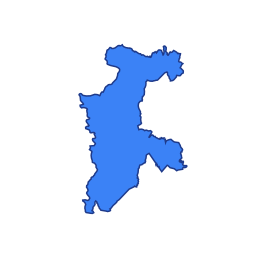 Tlacuilotepec, Puebla, Mexico (orthographic projection), rotated 134°
{"feature_id": "50627088B24502383873446", "entity_name": "Tlacuilotepec", "entity_type": "district", "adm_level": 2, "iso_a3": "MEX", "parent_name": "Mexico", "parent_adm1": "Puebla", "projection": "orthographic", "projection_center": [-98.017, 20.381], "detail": "fine", "context": "isolated", "style": "filled", "palette": "blue", "viewbox_px": 256, "rotation_deg": 134, "n_neighbors": 0, "source": "geoboundaries", "source_scale": "gbopen_adm2", "svg_char_len": 5827}
<svg xmlns="http://www.w3.org/2000/svg" viewBox="0 0 256 256"><g transform="rotate(134 128 128)"><path d="M105.8,73.5L105.3,74.7L105.2,76.6L104.2,78.5L103.3,81.4L105.9,85.0L106.2,86.9L106.3,89.2L107.6,90.2L110.1,91.4L111.5,91.3L112.3,90.9L111.0,92.8L110.1,93.4L111.3,95.5L110.6,95.5L111.4,96.1L111.8,97.3L112.3,97.1L112.4,96.7L113.2,97.1L113.2,97.7L114.0,97.4L114.2,97.6L114.2,98.1L114.7,98.7L114.9,100.0L115.2,100.5L115.5,101.7L115.3,102.6L115.6,102.7L116.1,103.6L115.8,104.7L116.1,104.9L116.2,105.8L117.7,106.4L119.1,106.1L119.9,106.2L120.0,106.5L119.2,106.8L115.6,107.6L114.4,108.0L114.1,108.4L114.3,110.0L115.9,111.2L116.7,113.2L117.6,113.9L118.3,114.1L118.5,115.7L119.3,117.3L120.7,118.6L121.7,119.0L119.7,122.5L118.8,122.1L118.0,122.2L117.5,121.8L116.1,121.5L115.1,121.7L114.9,122.5L113.0,124.9L111.1,126.3L111.1,127.3L110.8,127.9L108.8,128.7L108.9,129.3L107.7,130.3L106.3,134.1L105.0,136.0L102.9,137.6L100.5,137.8L99.1,137.1L98.9,136.6L98.3,136.8L97.6,137.3L97.5,138.0L96.2,138.7L95.7,139.3L94.8,139.2L92.7,139.5L90.3,141.5L88.5,143.6L86.7,144.0L85.0,144.8L83.5,146.0L82.6,147.1L81.0,147.1L80.2,147.4L79.1,145.0L78.7,144.4L77.0,142.6L76.2,142.4L75.4,141.6L74.5,141.2L73.0,140.0L62.8,139.9L60.7,138.9L60.7,138.1L62.1,136.7L62.5,135.5L62.3,134.7L63.6,132.7L63.8,131.1L64.7,130.2L62.8,128.8L61.2,128.5L57.6,128.7L56.9,129.3L56.3,129.5L54.8,127.4L54.0,126.8L51.3,127.0L50.1,126.5L48.7,127.7L48.4,128.2L48.3,132.1L48.4,132.3L44.8,133.4L44.0,133.2L43.6,133.3L43.9,133.7L43.8,135.1L44.1,136.1L44.9,137.0L44.8,137.9L42.5,139.3L41.6,139.4L40.7,140.4L38.9,141.3L38.1,141.9L39.1,143.0L39.1,143.5L39.8,143.7L39.7,145.8L40.5,149.0L42.8,149.0L44.0,149.7L43.9,150.4L44.1,150.5L45.3,150.4L46.9,149.8L47.7,149.7L48.0,150.2L47.7,151.3L47.2,151.4L46.7,152.2L46.7,154.1L45.0,155.1L43.6,156.4L43.4,157.9L43.6,158.6L44.4,159.1L45.0,159.0L45.6,157.7L47.0,156.8L47.3,155.9L48.0,155.2L49.1,154.2L50.7,153.4L51.1,153.5L50.6,154.5L50.2,154.7L50.0,155.8L49.0,157.8L49.6,159.1L50.4,160.0L51.1,160.2L54.2,159.7L53.8,160.9L54.1,160.9L54.9,161.6L55.5,161.3L56.2,161.8L56.3,162.2L57.3,162.4L60.9,160.7L61.5,160.8L61.7,161.1L61.4,161.5L60.8,161.3L61.0,161.9L61.5,162.3L62.2,162.2L62.8,162.8L63.0,163.9L63.5,164.0L64.4,165.0L64.8,167.7L65.2,168.3L66.1,168.8L65.9,170.6L66.5,171.1L67.0,172.1L67.6,175.7L68.2,176.2L68.6,176.0L68.8,176.5L68.6,177.1L69.2,178.7L68.8,179.1L68.5,180.1L68.7,181.2L69.2,181.8L69.2,182.2L69.7,182.3L69.9,183.0L70.6,183.5L70.9,184.4L71.6,185.2L72.5,187.6L72.5,188.9L72.1,189.9L73.8,190.3L74.5,191.0L74.8,191.7L75.7,192.3L79.2,192.9L80.7,193.6L82.0,194.8L82.1,196.2L82.7,196.9L85.3,196.6L86.2,197.1L86.8,197.0L89.1,195.5L91.0,195.0L91.0,194.3L92.4,193.0L93.6,192.8L94.3,192.4L94.3,189.6L95.4,188.2L96.3,187.7L96.4,187.0L95.2,184.1L92.2,179.1L91.5,176.8L91.4,175.6L91.6,174.8L93.0,173.6L95.9,173.2L97.6,171.9L100.8,170.4L106.2,170.4L107.4,170.1L108.6,170.5L109.7,171.6L110.6,172.2L111.9,172.2L113.5,172.6L115.4,172.3L116.2,171.8L119.4,170.8L119.6,170.8L119.8,171.4L120.3,171.8L122.1,171.6L124.2,170.7L124.6,171.0L124.7,172.0L125.4,173.4L126.9,175.3L131.0,177.4L134.0,180.3L135.7,182.9L135.9,183.5L135.8,185.2L136.1,185.9L136.7,186.4L137.8,186.5L138.3,185.8L138.5,184.4L141.2,181.2L141.5,177.4L141.7,176.6L142.0,176.5L144.9,178.3L145.8,177.1L145.8,175.4L144.5,174.5L143.6,173.4L142.8,171.9L142.6,170.7L142.8,170.2L143.7,170.1L145.1,168.5L145.4,167.7L147.7,165.7L148.0,164.5L147.5,162.6L147.8,162.3L148.5,162.2L149.2,162.4L150.5,163.3L151.3,163.3L152.0,162.9L152.4,162.3L153.3,157.8L154.2,157.6L154.9,158.5L156.6,159.0L156.9,159.0L157.8,158.0L156.3,154.6L156.8,153.1L157.5,152.4L157.5,151.8L157.1,151.2L155.4,150.0L154.7,148.9L154.9,148.1L155.8,148.2L156.8,145.6L157.3,144.8L157.8,144.6L159.1,145.0L159.9,145.9L160.3,145.9L161.0,145.5L161.6,144.4L161.8,140.8L162.0,140.5L164.2,140.1L167.3,142.8L168.2,141.4L168.9,141.0L170.3,140.7L169.9,137.9L170.3,137.4L171.6,136.7L173.3,135.5L175.0,133.4L176.3,131.0L177.4,129.8L177.1,128.8L176.5,127.8L176.8,125.7L177.1,124.9L178.4,123.8L179.2,121.0L180.7,120.4L184.1,120.0L185.2,119.4L185.9,119.6L187.2,119.3L188.7,120.0L189.3,120.0L190.3,119.1L191.4,119.3L192.3,119.1L194.4,119.1L196.7,117.6L198.1,117.7L199.4,116.7L199.7,115.1L200.5,113.5L201.2,113.1L202.9,112.9L203.6,112.5L204.2,110.8L204.5,107.7L205.1,106.7L207.0,106.2L208.1,106.6L209.4,108.9L211.3,110.5L211.9,109.8L211.6,108.4L211.7,106.9L212.4,105.3L214.5,104.3L215.9,103.0L216.5,101.9L217.7,100.6L217.9,99.4L215.1,95.4L214.1,94.2L212.7,93.8L212.2,95.4L212.1,96.2L212.4,96.5L210.4,97.1L209.5,98.1L206.1,98.5L204.3,100.3L202.9,100.5L202.9,98.7L203.4,98.5L203.7,98.0L203.6,97.2L203.8,96.7L204.7,95.4L204.9,94.2L205.6,93.0L205.8,91.0L206.0,90.4L202.9,85.9L202.2,84.6L200.6,83.6L199.6,83.3L198.8,84.1L198.8,84.8L197.4,84.5L194.1,84.9L190.7,84.6L188.8,84.7L188.4,85.1L185.6,84.6L171.2,84.7L166.0,82.8L165.3,82.9L164.6,81.0L164.3,80.8L163.4,81.6L162.5,81.5L162.1,82.2L160.9,82.0L160.7,82.6L159.2,83.3L158.8,84.3L157.7,84.6L157.4,85.3L157.7,86.2L157.5,86.7L156.6,86.6L155.7,88.5L153.2,89.7L150.0,92.3L149.1,92.2L147.4,93.3L146.4,93.7L144.7,92.5L144.1,92.6L142.7,92.1L141.4,92.1L141.3,91.6L141.0,91.6L139.6,92.3L139.5,92.9L138.6,93.5L137.2,94.1L134.9,95.9L134.0,95.9L131.9,95.3L131.6,95.2L134.0,83.4L133.8,83.2L135.0,82.6L135.2,82.2L134.4,82.4L133.9,81.8L135.3,80.1L134.8,79.3L134.2,79.1L134.4,78.4L135.0,78.5L136.0,73.4L127.6,73.9L127.3,73.1L127.3,70.1L125.1,66.3L124.9,63.3L123.4,62.8L119.7,60.0L118.6,60.8L118.0,60.9L117.5,60.7L117.1,59.6L115.4,58.9L114.5,59.2L114.4,59.8L116.0,61.4L116.4,62.8L116.3,63.3L114.1,64.4L113.8,64.7L113.7,65.3L115.3,65.3L115.9,65.6L115.9,65.8L114.8,66.1L114.5,66.4L114.5,67.2L114.9,67.4L116.2,67.2L116.4,67.3L116.4,67.7L116.0,68.2L115.2,68.6L112.1,68.5L111.8,69.3L110.9,70.2L110.5,71.3L110.0,71.6L109.9,72.4L108.5,73.2L107.7,72.6L106.7,73.4L105.8,73.5Z" fill="#3b82f6" stroke="#1e3a8a" stroke-width="1.5"/></g></svg>